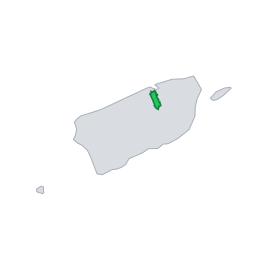 Bayamón, Puerto Rico shown in context, rotated 333°
{"feature_id": "32010507B22305202508705", "entity_name": "Bayamón", "entity_type": "district", "adm_level": 2, "iso_a3": "PRI", "parent_name": "Puerto Rico", "parent_adm1": "", "projection": "equal_earth", "projection_center": [-66.167, 18.345], "detail": "fine", "context": "in_parent", "style": "filled", "palette": "green", "viewbox_px": 256, "rotation_deg": 333, "n_neighbors": 0, "source": "geoboundaries", "source_scale": "gbopen_adm2", "svg_char_len": 3090}
<svg xmlns="http://www.w3.org/2000/svg" viewBox="0 0 256 256"><g transform="rotate(333 128 128)"><path d="M168.5,104.5L171.1,106.7L173.6,106.4L171.6,101.8L173.4,101.8L189.4,104.6L199.6,109.3L210.2,111.6L210.9,127.1L202.8,133.4L197.4,139.9L193.1,147.8L181.7,157.1L168.0,159.9L158.9,160.2L155.5,159.9L152.2,158.3L145.3,159.8L136.8,155.7L129.5,156.7L115.0,155.8L109.5,159.3L104.3,160.1L99.2,159.4L94.9,157.8L84.1,158.0L79.6,154.9L81.5,137.2L81.7,129.2L79.1,122.5L76.2,118.4L74.1,113.5L78.3,110.2L81.8,105.5L82.9,98.4L86.7,96.7L91.1,95.8L111.7,99.2L163.6,101.0L166.6,101.6L168.5,104.5ZM227.2,142.4L220.6,143.1L216.4,142.2L214.9,138.9L222.8,135.8L232.1,136.2L237.4,138.1L238.0,139.3L227.2,142.4ZM23.3,147.6L22.5,147.7L21.8,147.5L21.4,147.2L20.9,146.2L18.5,144.5L18.0,143.0L18.5,141.4L19.5,140.7L24.3,140.5L24.8,140.7L25.7,141.8L25.8,142.6L25.3,143.4L24.4,145.3L24.1,145.8L23.8,146.3L23.7,147.2L23.3,147.6Z" fill="#d9dde1" stroke="#a8b0b8" stroke-width="1"/><path d="M162.3,118.9L162.2,119.9L161.9,119.9L161.6,119.9L161.5,120.0L161.7,120.3L161.8,120.3L161.8,121.0L161.9,121.3L161.7,121.4L161.7,121.6L161.9,122.0L161.9,122.3L162.0,122.7L162.1,123.0L162.1,123.3L162.5,123.3L162.7,123.5L162.6,123.9L162.7,124.0L163.0,124.1L163.2,124.4L163.2,124.6L163.2,124.9L163.3,125.1L163.4,125.3L163.6,125.2L163.6,124.9L163.8,124.4L164.0,124.2L164.3,124.0L164.4,123.8L164.5,123.6L164.6,123.3L164.7,123.2L164.9,123.1L165.1,123.0L165.3,123.2L165.6,122.8L165.8,122.8L165.8,122.6L166.2,122.6L166.4,122.7L166.5,122.7L166.7,122.8L167.1,122.8L167.3,123.0L167.5,122.7L167.4,122.6L167.6,122.3L167.6,122.1L167.5,121.8L167.6,121.5L167.6,121.3L167.7,121.2L167.8,120.9L167.8,120.7L167.6,120.6L167.6,120.1L167.6,119.8L167.5,119.7L167.6,119.4L167.9,119.4L168.3,119.3L168.3,119.2L168.1,119.1L167.7,118.7L167.5,118.4L167.5,118.0L167.6,117.7L167.5,117.4L167.7,117.1L167.8,117.0L167.9,116.9L168.2,116.8L168.2,116.7L168.1,116.1L167.8,116.0L167.8,115.9L168.0,115.7L168.0,115.3L168.0,115.1L167.7,114.5L167.5,114.2L167.5,113.8L167.6,113.6L167.7,113.8L167.8,113.7L167.8,113.1L167.8,112.6L167.9,112.4L168.1,112.5L168.1,112.3L167.9,112.0L167.9,111.8L167.9,111.7L168.0,111.4L168.4,111.7L168.7,111.9L168.9,112.1L169.1,112.2L169.4,111.8L169.4,111.5L169.2,111.2L169.0,110.7L168.9,110.4L168.9,110.2L169.0,109.6L168.9,109.3L168.6,109.2L168.9,108.8L169.0,108.4L169.2,107.9L168.9,107.4L168.7,107.3L168.5,107.2L168.3,107.2L168.3,106.7L168.0,107.0L168.0,106.9L167.6,106.9L167.3,106.9L167.1,106.9L166.4,107.0L166.2,107.1L166.0,106.6L165.8,106.6L165.8,106.4L165.6,106.2L165.3,106.1L165.2,106.0L165.2,106.4L165.2,106.6L165.0,106.8L164.9,107.0L164.5,107.3L164.3,107.1L163.9,107.1L163.7,107.3L163.4,107.4L163.4,107.5L163.2,107.4L163.1,107.5L162.9,107.8L162.8,108.0L162.9,108.3L162.9,108.5L162.9,108.9L162.9,109.0L162.9,109.5L163.0,109.8L162.9,110.2L163.0,110.4L162.9,110.5L162.9,111.1L162.8,112.1L162.7,112.5L162.7,113.0L162.8,113.3L162.9,113.7L162.9,114.0L162.7,114.5L162.8,114.9L162.6,115.4L162.7,116.2L162.6,116.4L162.5,116.5L162.4,116.6L162.5,117.3L162.4,117.9L162.3,118.8L162.3,118.9Z" fill="#22c55e" stroke="#15803d" stroke-width="1.5"/></g></svg>